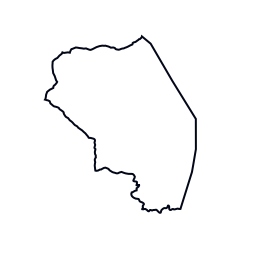 Dewathang, Samdrup Jongkhar, Bhutan (Mercator projection), rotated 248°
{"feature_id": "84629894B17444418606578", "entity_name": "Dewathang", "entity_type": "district", "adm_level": 2, "iso_a3": "BTN", "parent_name": "Bhutan", "parent_adm1": "Samdrup Jongkhar", "projection": "mercator", "projection_center": [91.51, 26.857], "detail": "fine", "context": "isolated", "style": "outline", "palette": "ink", "viewbox_px": 256, "rotation_deg": 248, "n_neighbors": 0, "source": "geoboundaries", "source_scale": "gbopen_adm2", "svg_char_len": 3829}
<svg xmlns="http://www.w3.org/2000/svg" viewBox="0 0 256 256"><g transform="rotate(248 128 128)"><path d="M212.2,80.6L209.5,79.9L206.9,79.2L203.6,79.5L199.0,79.2L197.3,79.6L196.4,78.5L195.4,76.6L195.0,75.1L194.4,74.4L193.1,73.7L192.8,69.9L191.8,66.6L189.6,64.6L187.3,63.3L185.9,62.4L185.4,61.7L185.1,62.1L184.3,63.0L183.7,64.0L182.2,65.4L181.5,65.4L179.8,65.3L178.4,66.1L177.1,66.7L175.7,67.6L174.7,69.1L173.7,70.3L172.7,71.3L171.1,71.6L169.0,73.0L167.7,73.8L166.6,74.2L165.7,73.9L164.6,73.9L163.1,74.2L161.8,74.5L160.8,75.2L159.6,76.2L157.0,76.9L155.2,78.0L154.0,78.6L151.9,79.3L150.5,79.9L149.7,80.6L148.4,81.6L147.0,81.9L145.0,83.2L143.1,84.5L140.9,85.5L139.0,86.5L137.0,87.1L135.2,87.7L133.7,87.9L133.3,88.5L132.7,89.8L132.2,90.4L131.4,91.5L131.0,92.0L130.6,92.4L129.8,92.8L129.2,92.8L128.6,92.6L128.2,92.4L127.4,91.7L127.1,91.5L126.2,91.4L125.4,91.3L124.9,91.3L124.4,91.1L123.8,90.6L123.0,90.0L122.5,89.6L122.0,89.5L121.5,89.5L120.8,89.9L120.3,89.7L119.9,89.5L119.3,89.0L118.4,88.4L117.4,88.0L116.5,87.8L116.2,87.7L115.6,87.8L114.9,87.8L114.2,87.7L113.7,87.4L112.8,87.2L112.3,86.5L111.4,85.5L110.0,85.0L108.6,84.8L107.5,84.1L105.7,83.1L101.7,82.0L100.7,81.8L100.1,82.8L99.8,84.1L99.8,84.7L100.0,86.5L99.6,87.4L99.8,88.7L100.0,90.7L99.7,92.2L98.7,93.3L97.7,94.3L96.6,94.9L95.8,95.0L94.8,95.7L94.1,96.2L93.0,97.0L92.2,97.9L91.5,98.9L90.4,100.2L90.0,101.0L89.8,101.8L89.9,102.9L89.9,103.9L89.7,105.5L88.7,106.6L87.7,107.7L86.9,108.7L86.2,109.8L85.4,111.1L84.8,112.4L84.3,113.8L83.6,115.1L83.1,115.4L82.3,115.8L81.1,116.0L80.3,116.1L79.3,115.4L78.1,114.0L77.1,113.2L76.6,113.4L76.0,114.2L75.2,115.6L74.7,116.0L73.8,115.8L73.0,115.4L72.3,114.8L71.8,114.5L71.5,114.8L71.5,115.6L71.3,116.1L71.0,116.9L70.4,116.7L69.7,115.8L69.2,114.3L68.9,113.4L68.1,113.1L67.3,112.9L66.9,112.6L67.1,111.6L67.1,110.7L67.0,109.9L66.9,109.0L66.7,108.1L66.9,107.3L66.5,107.0L65.6,106.3L64.4,106.1L63.5,106.1L62.0,106.7L61.0,107.4L59.7,108.6L58.8,110.2L58.2,111.2L57.8,111.3L56.7,111.4L55.7,111.4L55.2,111.7L54.4,112.5L53.7,113.3L52.9,113.9L52.0,114.3L51.4,114.2L51.0,113.7L50.4,112.7L49.8,112.3L48.9,112.2L48.4,111.8L47.8,111.0L47.4,110.8L47.1,111.3L46.9,111.6L46.8,112.6L46.5,113.6L46.0,114.1L44.8,114.9L43.9,115.2L43.4,115.5L43.2,115.7L43.0,116.2L43.5,117.3L43.7,117.7L43.5,118.3L42.5,119.4L42.5,120.5L42.4,121.0L42.0,122.1L41.9,122.6L41.7,123.4L41.3,123.8L40.4,124.2L38.6,125.0L37.8,125.4L37.4,125.9L37.3,126.5L37.7,127.0L38.4,127.5L38.9,127.8L39.4,128.4L40.0,130.0L40.2,131.2L40.0,132.1L39.8,132.4L39.4,133.2L39.4,134.0L39.6,134.4L40.2,135.3L41.0,135.9L40.9,136.5L40.6,136.7L39.6,136.7L38.9,136.4L37.8,136.0L37.1,135.9L36.4,136.2L36.0,136.9L36.0,137.6L36.2,138.5L36.1,139.2L35.9,139.6L35.3,140.1L35.0,141.1L34.9,141.9L34.8,142.9L34.6,144.0L34.1,144.6L33.8,145.0L33.3,146.3L63.2,170.8L69.1,174.5L82.9,183.0L111.0,194.3L142.5,188.9L144.2,188.6L155.4,186.7L197.7,180.6L207.7,175.2L207.4,175.0L207.1,174.7L206.6,174.0L206.5,173.6L206.3,173.1L206.1,172.6L206.0,172.3L206.1,171.7L206.2,171.3L205.9,170.8L205.7,170.3L205.6,169.5L205.2,168.2L205.0,166.9L205.1,166.3L205.2,165.8L205.2,164.9L205.0,164.2L204.3,163.8L203.8,163.3L203.8,162.1L203.7,160.4L203.5,158.8L203.4,156.7L203.5,155.4L203.4,153.9L203.8,152.4L203.9,151.3L203.9,149.6L204.1,148.6L205.0,147.1L205.8,146.1L207.0,145.8L208.0,144.8L208.6,143.2L208.9,142.2L210.1,141.2L211.2,140.0L212.0,138.9L212.8,137.9L213.2,136.6L214.0,135.0L214.6,132.2L214.7,130.5L214.8,129.2L214.6,126.8L214.4,124.8L214.4,122.7L215.0,121.6L215.8,120.7L217.5,118.9L218.1,116.8L219.2,115.0L220.4,112.8L221.2,111.6L222.2,109.8L222.2,107.5L222.2,106.0L222.3,105.1L221.5,104.0L220.3,102.8L219.6,102.3L220.6,100.7L221.1,98.8L221.6,96.7L222.7,95.5L222.2,95.0L221.8,94.7L221.3,93.3L220.8,91.5L219.4,88.8L219.2,86.5L218.5,84.3L217.6,82.9L216.4,82.4L214.4,81.4L212.2,80.6Z" fill="none" stroke="#020617" stroke-width="2"/></g></svg>